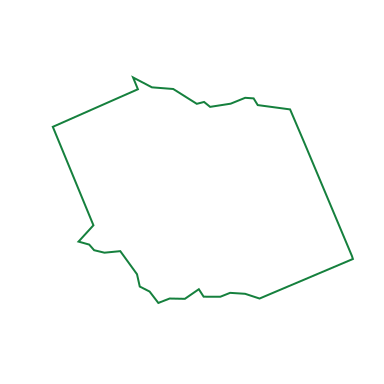 Gibson, Tennessee, United States of America (Albers equal-area conic projection), rotated 335°
{"feature_id": "52423323B84989214455528", "entity_name": "Gibson", "entity_type": "district", "adm_level": 2, "iso_a3": "USA", "parent_name": "United States of America", "parent_adm1": "Tennessee", "projection": "albers", "projection_center": [-88.965, 36.007], "detail": "fine", "context": "isolated", "style": "outline", "palette": "green", "viewbox_px": 384, "rotation_deg": 335, "n_neighbors": 0, "source": "geoboundaries", "source_scale": "gbopen_adm2", "svg_char_len": 575}
<svg xmlns="http://www.w3.org/2000/svg" viewBox="0 0 384 384"><g transform="rotate(335 192 192)"><path d="M208.2,317.1L309.5,320.7L309.9,317.7L314.6,195.0L315.8,158.6L288.3,141.0L287.4,133.2L280.0,129.1L264.4,128.3L244.4,122.5L241.0,115.5L233.6,114.1L218.5,90.7L199.9,80.2L187.0,63.3L186.4,76.0L93.4,74.1L88.6,180.5L68.2,189.0L76.6,196.2L78.7,203.4L87.0,210.0L102.0,215.3L107.4,243.3L104.7,255.6L111.5,264.3L114.6,278.3L126.7,279.1L140.4,285.8L157.1,283.0L158.3,291.8L173.4,298.9L183.9,299.5L197.1,306.7L208.2,317.1Z" fill="none" stroke="#15803d" stroke-width="2"/></g></svg>